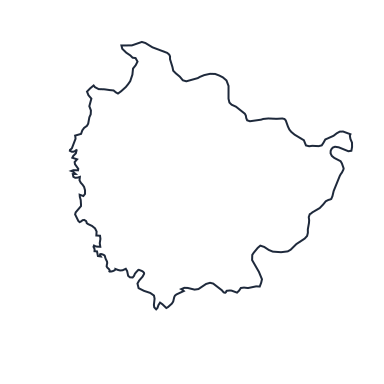 an SVG outline of Komoé, rotated 21°
{"feature_id": "BFA-2836", "entity_name": "Komoé", "entity_type": "Province", "adm_level": 1, "iso_a3": "BFA", "parent_name": "Burkina Faso", "parent_adm1": "", "projection": "albers", "projection_center": [-4.486, 10.237], "detail": "fine", "context": "isolated", "style": "outline", "palette": "slate", "viewbox_px": 384, "rotation_deg": 21, "n_neighbors": 0, "source": "natural_earth", "source_scale": "10m", "svg_char_len": 3702}
<svg xmlns="http://www.w3.org/2000/svg" viewBox="0 0 384 384"><g transform="rotate(21 192 192)"><path d="M65.4,197.5L63.2,197.3L63.0,196.4L63.7,195.3L64.2,194.3L64.2,184.0L62.8,181.3L62.7,181.2L67.6,177.5L67.5,173.8L68.3,170.8L70.2,167.9L70.6,165.5L69.4,159.0L69.6,155.8L68.4,152.1L65.4,148.7L64.6,140.9L60.7,138.8L58.0,135.9L59.8,131.7L62.0,127.8L63.8,128.9L68.0,129.4L73.5,127.5L78.8,126.3L82.4,125.3L85.3,126.3L87.6,126.6L89.7,123.4L92.6,117.7L93.7,114.3L94.6,110.7L94.3,103.8L92.7,97.9L94.0,93.8L94.4,89.8L91.3,87.2L88.4,87.9L85.5,86.6L80.7,85.5L75.6,83.3L73.6,80.5L83.3,76.7L91.4,69.9L95.1,69.6L103.2,71.1L119.0,71.0L121.5,71.9L122.9,73.3L123.9,75.9L129.0,82.4L131.0,85.5L134.3,87.0L139.3,88.7L143.4,91.0L147.0,90.7L156.6,83.6L158.1,81.7L161.5,78.5L166.5,75.2L171.3,73.5L175.7,73.5L179.7,73.9L184.2,75.5L188.1,79.9L192.7,91.9L194.9,95.1L197.7,96.3L202.5,96.6L213.3,100.0L214.9,101.4L216.1,103.5L217.8,105.3L220.7,105.2L230.6,99.7L232.3,98.3L236.9,96.0L244.7,93.4L250.0,91.0L252.2,90.7L253.9,91.6L258.1,96.5L260.5,98.8L263.1,100.3L267.2,101.7L277.9,103.6L281.7,107.7L285.0,107.3L287.7,105.8L293.8,103.8L296.4,102.0L297.1,98.8L297.6,95.2L304.0,88.8L306.1,85.3L308.3,82.7L311.4,81.4L319.2,81.3L319.2,82.9L320.9,85.7L323.7,88.6L325.3,92.6L326.0,96.4L323.4,97.9L313.0,97.7L309.3,98.5L307.6,100.0L306.9,101.7L306.7,103.8L307.5,106.2L309.6,108.2L312.6,109.2L319.7,110.0L321.7,111.6L325.1,115.6L325.3,116.9L325.0,120.1L324.5,121.9L324.2,123.9L323.9,140.3L324.6,145.5L324.5,148.6L323.7,149.4L322.1,150.6L320.2,152.7L318.9,156.7L317.0,161.2L311.7,167.8L310.9,169.3L309.9,170.5L310.0,173.6L311.5,176.4L312.3,179.0L313.5,185.3L314.8,188.6L315.2,191.8L313.9,195.1L308.1,203.2L304.8,210.5L302.7,213.1L296.7,216.3L288.8,218.7L284.5,218.6L279.1,217.4L275.0,217.6L273.4,220.6L271.4,226.5L270.8,229.1L272.5,234.0L283.1,242.6L288.6,248.4L289.1,252.0L289.1,255.0L289.1,256.0L285.7,257.1L278.7,261.6L274.8,262.6L272.0,264.1L271.3,267.2L270.1,269.8L264.2,269.9L262.6,270.4L259.8,271.8L259.6,272.3L259.6,273.3L259.2,274.1L258.1,274.4L257.0,274.1L255.0,273.0L244.6,269.9L241.4,270.3L238.1,272.8L232.8,280.3L229.4,282.2L222.4,283.1L219.2,284.2L216.8,286.5L217.6,286.6L219.8,287.4L214.2,293.2L213.2,294.9L213.1,296.6L213.7,301.0L213.2,303.4L210.8,308.1L209.6,309.5L204.6,307.4L201.8,306.7L201.2,309.6L201.3,312.7L200.6,314.4L198.1,313.2L196.9,311.1L195.3,305.0L193.6,302.3L189.2,301.2L182.6,301.5L176.6,300.9L173.9,297.0L174.4,293.6L176.2,288.7L176.6,285.5L176.1,284.6L175.0,284.0L173.6,283.7L170.2,283.7L169.7,284.1L169.5,284.8L168.9,286.1L168.0,288.7L167.9,291.2L167.2,293.1L164.6,293.9L162.4,293.1L159.8,289.1L157.7,287.4L155.3,289.9L153.1,291.0L150.8,291.3L148.1,291.3L148.3,291.8L147.7,292.9L146.5,294.2L145.0,295.2L143.5,295.8L143.3,295.7L143.4,294.9L142.4,293.9L140.0,292.9L139.0,292.1L138.6,290.6L138.3,288.7L137.6,287.4L135.5,285.5L134.4,284.2L133.8,283.2L132.9,282.5L131.0,282.3L129.2,282.5L128.5,283.1L128.8,284.0L129.9,284.9L127.1,285.5L124.6,281.5L122.2,282.2L121.7,280.7L121.3,280.0L119.7,278.5L119.7,277.1L121.5,277.3L123.0,277.0L126.0,276.0L124.2,272.8L123.3,268.6L121.8,265.8L118.3,266.9L117.1,263.1L114.5,260.7L110.8,259.5L106.5,259.2L104.9,258.8L104.3,257.9L103.5,257.1L101.4,256.7L100.0,257.5L99.0,259.2L97.9,260.4L96.3,259.8L90.9,254.8L90.7,252.7L93.4,245.0L93.0,243.8L91.0,239.4L89.0,236.7L88.1,234.8L92.0,234.7L92.8,232.1L91.5,228.7L89.4,225.9L87.2,224.4L84.8,223.2L82.8,221.4L81.9,218.1L80.0,219.6L77.9,220.6L75.8,220.3L74.3,218.0L76.8,216.9L75.6,216.5L74.6,216.0L73.4,215.6L71.8,215.6L73.5,214.1L77.8,212.6L77.5,211.1L72.8,208.0L71.7,206.1L73.0,202.7L68.0,202.9L68.2,200.9L69.7,197.5L69.2,193.6L68.7,194.9L67.8,196.1L66.7,197.0L65.4,197.5Z" fill="none" stroke="#1e293b" stroke-width="2"/></g></svg>